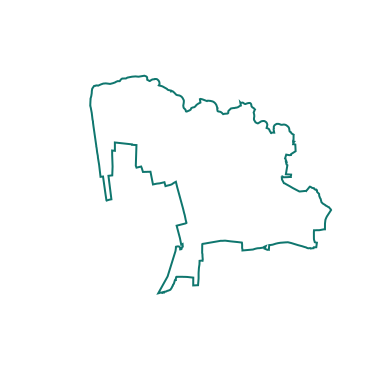 Miroslovesti, Iasi, Romania, rotated 117°
{"feature_id": "2599482B34880028878673", "entity_name": "Miroslovesti", "entity_type": "district", "adm_level": 2, "iso_a3": "ROU", "parent_name": "Romania", "parent_adm1": "Iasi", "projection": "mercator", "projection_center": [26.644, 47.15], "detail": "fine", "context": "isolated", "style": "outline", "palette": "teal", "viewbox_px": 384, "rotation_deg": 117, "n_neighbors": 0, "source": "geoboundaries", "source_scale": "gbopen_adm2", "svg_char_len": 5977}
<svg xmlns="http://www.w3.org/2000/svg" viewBox="0 0 384 384"><g transform="rotate(117 192 192)"><path d="M108.6,118.2L102.8,121.5L103.1,122.8L103.5,123.6L102.1,124.0L100.9,123.8L101.3,124.8L100.3,125.2L100.1,124.9L95.2,127.3L94.8,127.4L94.6,130.0L94.1,130.6L93.8,131.3L93.8,132.3L93.5,132.7L91.3,134.3L90.7,135.0L90.3,135.7L90.0,136.7L89.7,138.4L89.8,139.6L89.9,140.0L90.2,140.8L91.3,142.4L91.7,143.3L91.7,143.8L91.9,145.4L92.2,146.3L92.9,147.5L94.1,148.3L95.2,148.8L96.4,148.8L97.0,148.7L98.1,147.9L98.9,147.9L101.8,145.7L102.5,147.2L102.9,147.8L103.6,148.2L103.6,148.4L102.6,149.8L102.2,150.6L101.5,151.3L101.0,152.1L100.9,153.0L101.1,154.6L98.8,155.1L97.7,155.5L97.2,156.0L96.3,157.1L95.9,158.6L96.0,160.0L96.6,161.1L97.5,162.3L98.0,162.6L100.5,164.1L100.8,164.3L101.1,164.9L101.1,167.0L99.6,169.4L99.1,169.8L98.3,170.2L96.4,170.8L95.7,171.2L95.1,171.5L93.1,173.2L91.9,173.2L91.0,173.4L89.9,173.3L89.3,175.0L89.2,175.5L89.2,176.5L88.7,177.8L87.1,179.0L86.7,179.5L86.4,180.2L86.4,180.6L86.6,181.2L86.7,181.5L87.8,182.9L89.4,184.4L89.5,184.7L89.6,185.3L89.3,187.1L89.5,187.8L90.3,188.7L90.5,189.1L90.3,189.6L92.8,187.7L93.5,188.4L95.5,189.5L96.6,190.6L97.3,191.7L97.8,192.1L98.6,193.5L99.9,195.2L103.1,196.3L103.6,196.3L104.4,195.9L105.1,195.6L105.5,195.7L105.9,195.9L106.1,196.2L107.6,198.6L108.5,199.6L107.9,201.3L107.7,202.5L107.7,203.2L108.3,205.2L108.3,205.7L108.2,206.0L106.8,207.1L106.1,207.2L106.2,207.4L105.0,208.2L103.5,209.7L103.0,210.5L102.5,211.4L102.1,212.7L101.9,213.9L102.0,215.0L102.5,217.0L103.2,218.8L103.6,219.6L104.2,219.9L104.7,224.7L105.1,226.4L105.3,226.8L105.7,227.1L108.5,225.1L110.4,226.5L112.3,227.5L114.1,227.9L115.1,228.3L115.5,228.6L116.0,229.3L116.9,230.2L117.6,230.7L117.9,230.7L119.2,230.6L120.3,231.2L122.6,233.1L122.9,233.6L122.9,234.0L122.4,234.5L121.7,235.1L121.5,235.5L120.9,237.4L120.4,238.0L119.0,239.0L116.4,239.8L114.5,240.6L113.9,241.1L112.6,242.9L111.9,244.4L111.7,245.6L111.7,246.9L112.4,249.2L112.5,250.1L111.4,253.3L111.0,255.1L111.9,256.3L111.2,256.7L111.9,259.5L111.8,260.5L111.5,261.1L111.4,263.9L111.3,266.2L111.5,267.5L112.1,269.9L112.1,270.0L111.2,269.9L110.7,269.9L109.6,270.5L108.7,271.2L108.3,271.8L107.9,272.4L107.5,273.8L107.4,274.4L107.6,275.2L108.2,276.5L108.6,276.7L109.4,278.0L110.3,278.9L112.2,279.9L112.4,280.2L112.3,282.9L110.6,283.8L110.0,284.4L109.8,285.1L110.0,287.2L113.5,291.9L114.7,294.9L116.5,297.8L119.4,301.5L120.8,302.4L122.6,305.7L124.2,306.5L126.0,306.7L126.3,307.1L126.9,308.5L128.3,309.7L129.3,310.3L131.0,311.9L132.4,313.5L132.9,314.1L133.9,316.9L134.4,318.2L135.7,320.3L137.6,322.1L139.7,323.8L139.9,324.0L140.0,324.6L140.4,325.5L140.9,326.1L141.1,326.1L141.3,326.3L141.4,326.6L141.6,326.9L142.0,327.4L145.1,327.8L145.6,327.7L147.5,327.1L149.5,326.2L152.3,325.3L155.2,324.7L155.3,324.5L156.8,323.9L161.2,321.9L161.3,321.7L161.6,321.6L162.7,320.6L167.1,317.2L172.5,313.6L174.2,312.2L175.0,311.8L178.2,309.6L194.4,298.2L195.0,297.9L195.9,297.1L199.9,294.4L202.6,292.3L204.1,291.4L209.8,287.2L220.0,280.4L218.6,278.3L232.6,268.5L238.2,264.5L238.4,264.2L236.5,262.3L235.1,260.5L215.5,273.8L213.4,270.6L205.4,274.3L195.5,279.8L191.3,282.0L190.3,279.4L182.9,283.2L176.8,267.1L177.2,266.9L175.4,262.8L194.1,254.0L195.5,252.5L192.4,248.9L193.5,247.6L196.4,244.8L192.8,238.2L203.0,230.2L200.5,227.1L199.0,224.8L195.8,221.0L198.8,218.3L197.7,217.1L196.0,215.1L194.5,213.6L192.1,212.3L190.2,211.0L194.3,207.5L210.9,192.4L214.4,189.4L215.9,188.0L219.9,184.8L221.9,183.0L222.1,182.9L222.4,183.1L223.2,183.8L229.0,190.4L238.7,181.7L243.8,177.7L242.6,176.8L244.9,175.4L245.5,175.8L247.7,175.5L248.3,176.2L248.5,176.5L246.9,177.4L246.5,178.7L246.5,179.0L247.0,180.1L248.0,181.4L248.3,181.4L249.2,180.9L252.1,179.9L278.3,175.4L297.6,176.1L297.1,175.5L296.3,174.8L295.6,173.8L295.5,172.8L295.2,172.3L294.6,172.6L293.5,171.3L293.7,171.0L293.0,170.8L292.4,169.9L292.1,169.6L291.3,169.2L290.6,168.3L288.9,166.9L286.6,166.6L284.8,166.7L284.3,166.5L283.2,166.8L282.0,166.5L278.3,167.2L277.8,166.4L276.6,167.1L275.9,167.2L275.3,167.4L274.9,167.4L274.7,167.0L274.4,167.0L272.0,162.2L270.0,158.0L267.7,152.0L274.7,148.5L272.3,144.3L266.0,146.9L261.1,149.4L256.4,151.4L253.1,152.5L249.9,154.0L248.7,152.2L248.5,151.4L247.2,151.8L244.8,153.3L242.6,154.5L241.7,155.3L233.8,159.2L233.4,159.0L232.0,157.0L230.4,154.9L222.4,144.2L221.9,143.1L220.3,140.4L218.4,135.1L216.0,128.9L214.4,124.6L214.5,124.5L216.4,123.3L219.2,121.9L220.2,121.0L221.2,120.5L215.6,111.6L213.8,109.8L212.4,108.1L211.3,106.2L209.2,103.3L208.1,102.8L206.8,101.7L209.5,101.6L209.3,98.6L208.7,97.8L208.6,97.3L204.2,99.1L203.8,98.3L202.3,96.2L200.0,93.9L198.5,92.1L197.1,90.2L194.0,85.1L193.2,83.6L192.4,80.3L191.2,73.4L190.3,69.2L189.9,66.7L189.6,65.4L189.6,64.1L189.5,63.3L189.3,62.7L188.3,61.2L188.5,60.6L187.2,58.8L186.9,58.2L186.0,58.4L184.8,56.2L180.5,57.7L180.7,58.2L180.8,58.8L181.0,59.8L179.0,61.7L178.0,62.3L172.4,65.2L170.7,65.9L168.2,61.2L165.5,57.7L164.9,56.6L159.7,59.2L156.2,60.5L153.9,60.7L152.5,60.7L144.9,59.9L144.4,60.6L144.0,61.8L143.4,63.0L143.5,64.2L143.3,65.9L143.4,66.5L143.4,66.8L143.3,67.1L143.2,67.1L143.1,67.5L143.0,68.8L143.0,69.3L142.9,70.2L142.3,72.0L139.7,74.3L139.0,75.5L138.2,76.2L137.8,76.8L136.0,77.9L135.7,78.7L135.6,79.3L135.2,80.4L135.0,80.7L134.3,81.1L134.0,81.3L134.0,81.5L133.8,81.5L133.5,82.0L133.4,82.5L133.5,82.7L133.8,82.9L133.9,83.4L133.9,83.8L133.7,84.6L133.3,84.9L133.4,85.4L133.4,85.6L133.6,86.1L133.7,86.7L133.8,87.2L133.6,88.5L133.7,89.4L133.8,89.5L136.6,90.1L138.4,90.5L138.9,90.7L139.3,90.7L139.3,91.0L139.6,91.5L142.5,96.0L142.8,96.6L142.7,104.0L142.5,107.0L142.3,112.5L142.2,113.1L142.4,114.1L139.9,117.6L138.1,118.7L137.8,118.1L137.6,117.9L137.1,118.2L137.1,117.9L137.4,117.3L135.1,113.1L134.6,112.4L133.8,110.8L133.4,111.1L132.8,111.1L132.2,111.3L131.5,111.6L133.6,116.4L124.8,119.2L124.6,120.1L124.3,120.5L122.6,121.9L122.4,121.3L121.6,122.0L120.8,123.1L120.1,123.5L119.9,124.3L115.9,125.0L115.0,122.0L114.1,120.6L113.2,120.9L108.6,118.2Z" fill="none" stroke="#0f766e" stroke-width="2"/></g></svg>